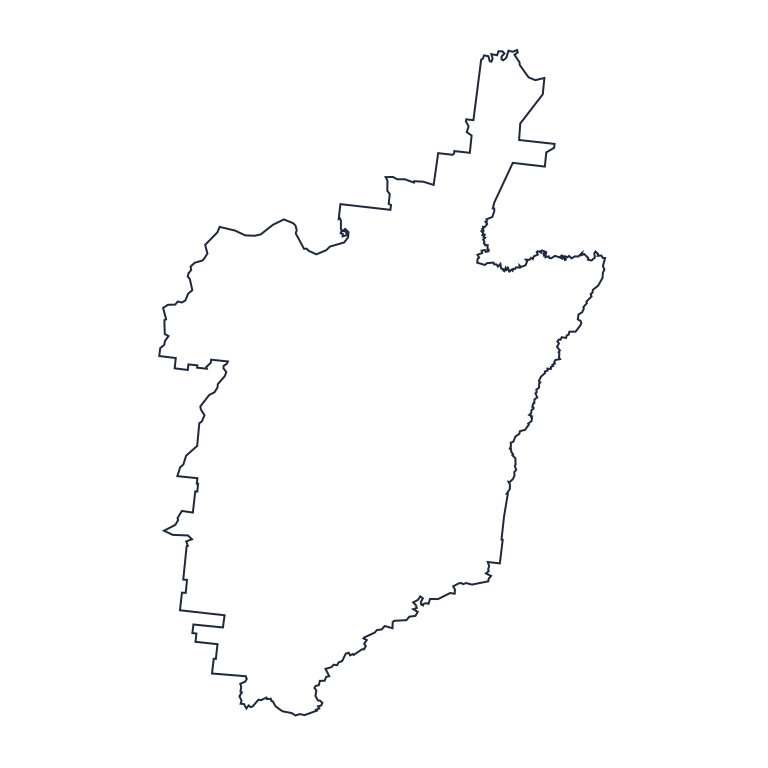 the district of Latrobe (Vic.), Victoria, Australia, rotated 357°
{"feature_id": "25037944B78078629114467", "entity_name": "Latrobe (Vic.)", "entity_type": "district", "adm_level": 2, "iso_a3": "AUS", "parent_name": "Australia", "parent_adm1": "Victoria", "projection": "orthographic", "projection_center": [146.558, -38.254], "detail": "fine", "context": "isolated", "style": "outline", "palette": "slate", "viewbox_px": 768, "rotation_deg": 357, "n_neighbors": 0, "source": "geoboundaries", "source_scale": "gbopen_adm2", "svg_char_len": 6140}
<svg xmlns="http://www.w3.org/2000/svg" viewBox="0 0 768 768"><g transform="rotate(357 384 384)"><path d="M176.1,456.5L172.8,465.2L192.7,468.3L191.8,473.7L193.1,473.8L191.9,481.7L189.9,481.4L186.4,502.4L175.5,500.2L170.8,507.1L171.3,509.1L168.3,513.7L156.6,519.0L165.1,523.6L180.3,525.0L184.1,529.0L178.3,530.8L179.6,535.4L178.4,535.7L173.3,568.8L177.0,569.3L175.1,582.2L171.3,581.8L168.4,599.3L212.7,606.6L210.4,618.7L181.1,614.2L179.6,622.7L183.6,623.4L182.3,631.6L204.1,635.1L201.7,649.7L199.6,649.4L197.1,664.1L230.7,668.6L231.5,671.3L229.9,673.9L224.8,675.9L225.5,679.1L224.6,683.7L225.9,684.5L223.3,688.2L225.1,692.7L224.1,695.8L227.4,696.3L229.6,700.8L232.0,697.9L233.8,699.6L235.9,699.2L242.1,692.7L244.6,693.3L250.2,691.0L250.6,692.5L254.5,692.4L255.0,694.8L256.3,695.0L258.9,700.3L265.4,705.5L274.6,707.8L278.3,710.4L282.6,709.2L287.3,710.5L299.8,706.7L299.1,705.8L302.4,704.6L301.2,702.4L304.3,701.9L305.8,699.3L303.5,696.8L301.5,696.6L299.2,691.9L300.4,686.5L298.6,683.9L299.9,682.0L303.1,681.4L304.4,677.1L309.2,677.2L310.9,673.5L314.0,672.9L310.7,665.4L316.7,664.0L319.0,661.7L322.4,662.4L324.2,659.6L327.7,658.5L331.7,651.3L334.7,650.5L335.9,653.2L338.8,652.0L339.5,653.0L348.3,647.7L350.1,648.0L352.1,644.9L350.6,642.4L353.4,638.8L350.2,637.0L350.8,636.2L361.8,631.7L364.0,629.4L369.0,628.9L372.0,625.7L379.7,628.3L380.2,622.2L381.9,621.0L394.1,621.0L397.1,617.7L403.3,617.2L405.7,613.3L401.4,610.4L405.0,609.4L404.4,606.7L401.7,603.6L406.6,601.4L409.1,598.0L411.6,600.1L409.3,603.8L409.6,606.2L411.2,607.0L411.1,606.0L414.2,605.1L417.0,605.8L418.7,601.1L426.8,601.6L439.1,596.2L443.6,597.1L444.1,593.0L442.5,589.7L448.1,587.0L450.6,586.7L452.4,588.0L455.6,587.1L461.4,588.9L477.9,586.5L478.3,584.0L480.9,581.3L475.9,578.5L478.8,576.3L478.3,574.6L479.5,571.3L478.3,567.2L490.3,569.2L494.4,545.8L493.2,545.6L496.9,522.8L501.9,500.2L500.8,500.0L504.2,495.4L504.5,490.9L503.2,488.1L504.7,488.3L507.9,485.5L509.5,482.3L509.5,478.8L511.5,476.7L510.3,472.6L511.2,471.4L511.3,465.0L508.5,461.9L509.3,461.0L507.6,458.6L507.3,454.9L506.4,455.0L507.6,452.4L507.4,449.3L510.1,448.4L512.6,443.2L516.5,440.9L517.3,438.2L522.4,437.2L526.5,432.2L525.9,431.1L529.3,428.9L530.1,425.6L529.2,424.7L530.0,423.9L527.4,422.5L529.3,421.1L530.1,417.4L531.9,416.7L532.1,415.4L530.9,414.6L532.1,411.1L533.1,411.0L533.4,407.3L536.3,405.4L534.8,401.2L536.1,400.1L535.8,397.7L538.7,395.7L538.9,391.7L540.1,390.7L538.8,389.1L541.2,384.8L545.4,381.5L545.3,380.0L548.1,379.1L548.0,377.2L551.4,377.7L551.6,375.6L553.8,374.8L553.3,373.6L555.7,372.5L555.1,371.1L556.3,369.1L561.1,368.3L560.1,366.7L560.8,362.5L559.9,361.4L561.4,359.7L558.7,356.0L560.8,352.6L559.4,350.6L560.9,348.8L562.7,349.0L563.9,346.6L568.2,347.5L569.1,345.0L571.0,344.4L571.9,341.4L578.0,341.8L583.0,336.0L584.3,333.4L583.6,331.3L580.9,329.6L581.9,324.7L585.6,322.8L587.5,319.2L587.1,317.7L590.8,313.9L590.5,312.2L595.8,307.5L595.1,304.9L597.0,303.7L597.5,300.9L603.0,297.0L607.8,289.5L608.4,284.2L610.1,281.4L608.8,277.6L611.4,269.8L609.0,269.5L607.8,267.1L604.1,267.2L604.6,265.4L602.2,262.8L600.9,264.5L601.2,268.8L597.7,271.5L594.1,270.5L594.6,268.8L590.7,264.7L588.2,265.6L588.8,263.3L584.6,266.9L581.5,266.5L577.8,268.3L575.6,265.8L574.0,267.0L571.8,266.1L572.1,269.3L571.2,269.6L570.9,266.7L568.9,268.3L567.3,267.4L569.6,265.9L568.4,264.9L565.7,266.7L561.6,265.0L557.3,267.2L555.7,266.9L555.2,265.1L551.9,265.9L552.1,264.1L550.5,264.3L550.0,261.9L552.6,262.2L552.9,260.8L548.9,258.9L547.5,259.3L547.6,260.9L544.5,259.4L543.4,260.2L544.3,262.9L540.4,264.3L539.2,267.0L537.6,265.7L535.8,267.6L532.2,267.3L533.4,268.9L531.6,272.8L527.0,274.3L525.5,272.7L525.6,274.9L521.9,274.4L521.0,275.9L518.9,275.8L518.4,277.6L517.3,276.5L514.4,278.9L515.5,277.1L513.7,276.4L514.2,273.5L512.3,276.2L511.6,274.4L510.2,277.6L509.1,276.9L509.5,275.7L507.1,274.9L506.5,270.2L504.0,272.7L502.6,270.5L500.3,270.3L499.7,268.5L493.3,268.7L490.9,270.4L483.4,267.7L484.1,263.9L485.6,262.8L484.1,259.8L488.9,258.4L488.4,256.0L491.7,255.5L492.6,257.4L495.4,256.9L495.6,255.3L494.3,255.1L494.8,250.8L491.5,250.8L492.6,250.2L491.1,248.9L491.7,246.9L490.6,245.1L492.6,243.3L491.1,242.5L492.3,240.3L490.1,240.4L491.0,238.5L489.4,236.5L491.3,236.2L490.3,234.3L491.2,234.2L491.1,232.2L492.5,232.7L495.4,229.7L493.9,227.4L495.2,227.1L494.9,224.9L500.9,222.9L503.3,216.9L503.2,214.5L501.8,214.4L503.7,208.4L524.2,169.9L556.0,175.3L558.2,161.2L566.3,157.0L566.9,153.2L531.7,147.4L533.7,131.0L557.7,103.0L560.2,86.8L551.0,88.5L544.4,85.3L536.3,72.6L536.1,69.7L531.5,62.0L534.9,59.9L534.4,57.5L529.9,59.0L525.8,57.6L523.3,64.5L520.1,67.0L518.4,66.0L518.5,63.2L521.6,60.2L519.7,58.0L515.7,57.7L514.2,61.6L508.5,60.2L509.5,64.7L508.2,67.7L506.5,67.3L505.4,62.1L501.1,61.1L499.7,64.4L498.0,65.2L487.1,125.2L480.0,124.0L479.5,125.9L482.0,131.3L479.8,136.7L484.5,140.5L481.8,157.6L466.4,155.1L466.1,157.4L464.5,158.7L450.2,156.3L444.0,187.8L433.7,184.0L424.6,183.1L424.4,184.4L415.4,180.6L408.1,180.3L403.7,177.7L396.5,177.5L398.1,181.1L397.4,191.3L399.7,194.6L398.1,204.4L400.4,205.6L399.5,210.4L349.9,202.1L347.4,216.9L348.7,216.4L349.5,218.6L349.1,227.2L350.0,228.2L348.6,231.1L350.7,232.1L350.4,234.4L355.1,233.3L353.6,229.5L351.0,229.2L353.3,227.1L356.5,230.5L355.8,235.7L351.6,240.6L337.3,243.9L333.2,247.4L323.2,251.0L315.7,247.0L314.0,244.9L311.2,244.8L303.7,228.9L304.9,225.8L303.9,221.2L301.8,218.7L292.6,214.4L281.4,219.2L268.8,228.1L262.8,229.2L253.1,228.3L243.3,223.0L228.1,218.5L225.6,223.8L212.7,235.7L214.5,244.5L210.9,249.5L209.1,251.2L201.3,253.0L197.0,256.6L197.4,260.0L194.4,263.5L193.7,266.3L195.6,269.1L197.5,280.3L193.2,283.5L190.0,290.2L186.6,292.0L182.3,290.9L179.6,293.8L172.3,293.6L167.4,296.5L169.8,308.0L168.0,308.8L167.7,322.6L171.3,324.9L167.4,329.8L166.7,333.3L162.4,336.5L161.0,344.3L177.4,347.2L175.8,357.4L188.8,359.7L189.7,354.2L198.6,355.6L198.2,357.9L207.9,359.5L207.4,357.7L212.1,353.8L212.6,350.7L229.3,353.3L228.0,355.7L224.8,357.4L224.5,359.9L227.1,363.8L225.6,367.6L218.0,375.5L217.6,378.7L214.3,383.4L208.8,385.9L199.4,396.8L199.8,399.8L203.1,405.9L200.1,411.9L197.5,413.5L194.2,436.0L182.6,445.3L179.4,453.9L176.1,456.5Z" fill="none" stroke="#1e293b" stroke-width="2"/></g></svg>